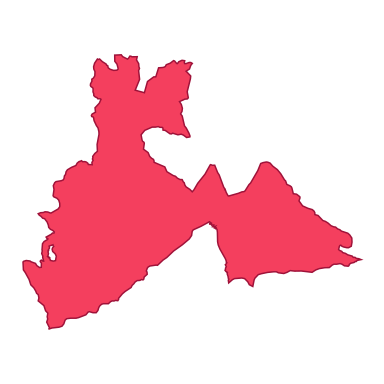 Padang Lawas Utara, Sumatera Utara, Indonesia
{"feature_id": "22746128B6160471216736", "entity_name": "Padang Lawas Utara", "entity_type": "district", "adm_level": 2, "iso_a3": "IDN", "parent_name": "Indonesia", "parent_adm1": "Sumatera Utara", "projection": "albers", "projection_center": [99.778, 1.636], "detail": "fine", "context": "isolated", "style": "filled", "palette": "rose", "viewbox_px": 384, "rotation_deg": 0, "n_neighbors": 0, "source": "geoboundaries", "source_scale": "gbopen_adm2", "svg_char_len": 5868}
<svg xmlns="http://www.w3.org/2000/svg" viewBox="0 0 384 384"><path d="M129.9,56.1L128.4,58.4L127.5,59.1L122.6,56.6L121.3,54.8L114.7,55.1L114.8,61.3L117.0,64.2L118.1,68.3L118.0,69.3L116.8,70.2L113.6,70.4L110.0,69.2L108.2,67.8L107.7,65.6L106.7,65.3L106.1,64.0L102.3,61.6L99.6,59.0L98.2,59.5L97.4,59.0L94.6,63.2L93.6,66.7L93.8,69.0L95.0,71.7L94.8,75.8L93.4,78.1L91.8,79.2L91.9,81.2L90.5,83.9L90.4,85.5L90.9,86.5L92.6,87.7L93.1,88.6L93.0,91.9L93.7,93.6L93.8,95.6L95.3,97.0L96.9,97.6L97.8,98.8L100.4,98.8L101.0,99.3L99.3,103.2L95.0,107.8L95.5,112.2L92.2,114.0L91.4,115.4L91.7,116.5L93.1,117.0L93.5,117.5L94.1,120.7L96.4,125.6L98.0,127.9L98.9,131.7L99.0,134.3L97.1,144.4L97.4,151.3L94.8,153.5L92.7,156.4L92.9,157.9L92.4,159.0L93.1,160.3L91.9,162.5L92.2,164.7L88.3,164.5L87.9,163.3L86.4,162.1L84.9,161.6L82.7,161.7L81.5,160.7L80.7,161.2L80.2,161.1L79.8,161.6L79.0,161.6L77.2,163.1L75.9,165.5L71.6,167.3L67.5,169.7L66.1,171.7L65.5,174.5L64.4,175.9L64.0,178.6L63.2,179.9L61.4,180.7L56.0,181.6L54.7,182.7L53.3,185.7L54.0,189.4L53.1,195.8L53.9,196.9L56.9,198.2L58.7,200.1L59.7,203.2L59.8,205.9L59.7,206.8L58.1,209.0L51.3,212.9L50.4,213.0L47.8,212.0L45.0,211.8L43.3,212.5L40.6,212.7L38.2,213.7L39.2,215.1L41.0,216.3L42.7,218.2L44.6,218.7L47.1,222.0L48.3,225.0L48.7,227.4L50.4,229.3L52.9,230.5L54.3,232.0L53.9,233.1L52.5,233.0L51.3,234.2L46.1,237.1L46.9,238.4L47.8,238.7L47.7,239.4L44.1,241.5L42.5,243.7L42.0,250.0L42.3,250.7L41.7,253.6L42.8,256.1L42.7,257.6L43.7,261.1L43.1,261.2L41.5,260.1L40.5,260.6L40.2,261.5L41.4,263.2L41.3,267.3L39.5,267.5L36.8,265.6L35.5,263.4L31.1,261.8L30.0,261.0L26.2,260.5L23.6,261.3L23.0,262.0L23.4,269.9L25.3,272.6L29.1,279.5L30.8,284.8L33.8,287.8L35.7,291.0L36.6,293.3L38.2,294.6L38.9,297.9L38.2,300.9L43.9,305.6L45.6,310.8L47.8,313.1L47.2,316.8L47.7,319.0L46.7,322.1L49.4,327.7L49.4,328.4L48.5,329.2L51.9,328.0L59.0,327.2L62.0,326.2L63.8,323.9L65.1,320.1L66.7,318.7L70.6,318.2L76.0,318.2L78.6,317.6L85.9,314.8L88.2,312.0L89.5,311.7L92.9,312.7L96.2,312.7L97.9,310.5L98.8,307.5L99.9,305.7L101.7,304.2L103.5,303.7L108.4,303.7L110.5,301.7L112.3,300.9L114.0,301.0L115.5,300.4L117.8,300.7L118.6,299.5L118.6,298.3L122.4,293.8L125.2,291.4L131.1,287.5L132.1,285.4L133.8,283.8L135.1,282.0L137.1,280.6L139.9,280.4L141.5,279.5L143.0,279.9L143.7,279.3L144.2,277.0L147.2,274.3L147.0,272.0L146.3,271.0L147.3,268.1L148.3,266.9L150.0,266.0L156.1,265.1L157.5,265.3L163.1,260.0L166.8,257.5L173.6,251.0L182.3,244.8L189.3,238.9L191.6,235.5L192.2,231.3L193.3,229.8L200.8,226.4L209.5,221.7L211.2,223.2L210.9,223.6L209.7,223.6L209.7,224.1L210.9,224.2L211.5,223.7L211.6,225.1L213.6,225.0L213.1,226.0L214.3,226.3L213.1,226.8L214.1,227.0L215.3,226.5L214.7,227.3L215.6,227.6L214.9,228.1L215.6,228.3L215.1,229.0L216.3,228.4L217.0,229.5L217.4,232.1L217.6,241.7L218.2,244.9L219.9,249.0L225.3,258.6L226.3,261.1L226.2,262.1L226.8,262.6L226.4,263.6L225.3,264.7L226.3,266.7L225.5,268.1L225.5,269.4L225.0,270.2L225.9,271.5L226.8,271.8L226.9,272.5L227.4,272.7L227.2,273.9L228.2,276.9L228.2,278.0L228.8,279.1L228.3,280.2L228.7,282.9L232.4,279.7L234.5,278.6L241.8,278.0L244.6,278.6L247.8,281.8L249.3,284.7L252.8,286.5L254.1,280.0L254.9,278.2L258.3,274.6L261.4,273.7L267.6,272.4L273.6,271.8L276.4,271.8L278.4,272.8L283.8,273.5L286.9,272.4L290.2,270.6L294.7,271.1L301.3,271.0L312.1,272.3L315.8,269.9L319.3,268.6L324.8,267.7L329.3,267.6L332.3,265.0L334.0,264.2L336.6,264.2L340.0,263.6L341.8,264.1L344.4,265.8L348.2,266.2L349.0,265.6L349.3,264.4L350.9,263.2L354.0,262.5L355.3,261.5L356.2,261.5L357.2,260.4L361.0,259.6L358.8,258.7L356.4,258.4L354.9,257.3L353.3,257.4L352.2,256.1L347.7,254.8L345.5,253.4L342.7,252.6L341.7,251.3L339.7,250.5L338.6,249.5L339.4,246.3L339.9,245.5L340.8,245.2L342.0,246.3L343.7,247.0L346.8,247.7L348.6,247.7L351.3,246.2L352.0,242.1L351.8,238.0L349.7,234.9L347.8,233.2L341.4,231.1L339.8,229.7L337.6,228.9L335.6,227.1L333.6,226.8L331.0,225.7L328.1,223.1L325.4,221.4L322.8,220.5L318.1,215.5L314.9,214.6L314.8,212.6L314.0,211.1L312.3,209.6L307.9,208.3L302.6,205.9L299.0,200.9L300.0,197.9L299.8,196.7L296.6,194.2L293.3,193.7L291.9,188.0L291.3,186.8L290.0,185.8L286.8,184.4L285.6,180.9L284.5,179.9L280.7,173.7L277.4,169.7L272.7,166.1L270.1,163.1L267.8,162.2L266.3,162.0L263.1,162.6L260.7,163.5L257.8,170.6L250.6,183.0L249.0,184.6L245.1,190.8L244.0,191.6L241.8,191.9L238.4,193.3L228.8,196.0L228.0,195.7L226.2,192.4L225.3,189.8L224.8,189.7L225.0,189.0L223.8,187.4L219.2,175.0L217.6,172.5L214.7,165.2L212.3,165.3L210.7,164.6L210.2,164.9L205.0,174.2L197.8,183.2L193.9,189.9L192.2,191.8L189.9,189.4L186.1,186.9L184.9,185.1L184.2,182.7L183.2,181.8L182.2,179.6L180.0,179.5L177.4,178.2L175.5,176.3L173.1,175.5L166.9,171.7L164.8,166.9L154.1,162.3L154.0,160.8L153.5,159.4L151.5,158.2L149.7,156.4L148.1,152.6L143.5,149.2L144.3,143.3L144.0,142.3L142.6,141.3L142.0,139.8L141.1,134.8L144.8,130.3L152.2,127.1L155.5,127.1L158.2,126.6L159.9,127.3L162.3,127.4L162.9,128.0L163.0,130.1L165.2,130.4L170.0,133.8L171.5,133.9L172.7,133.2L177.9,134.8L181.2,134.2L183.4,135.1L186.6,137.5L189.9,136.9L190.0,136.0L188.9,133.1L186.2,128.0L184.5,125.9L182.2,116.0L180.6,113.9L182.0,111.4L182.4,108.3L181.3,104.4L179.5,101.6L184.7,99.2L187.4,98.9L188.3,97.8L187.2,91.7L190.4,78.9L190.7,76.0L186.1,71.2L189.5,69.0L190.7,65.5L192.3,63.4L190.8,62.5L189.1,62.5L186.0,63.6L184.7,63.6L184.3,62.7L184.7,60.7L182.0,60.3L178.8,61.7L177.4,63.6L176.7,63.5L174.6,61.0L173.6,60.6L170.2,63.2L166.3,64.7L165.3,66.5L164.3,67.1L162.7,67.5L158.6,67.8L155.8,76.8L153.7,76.9L147.5,81.5L144.4,92.7L135.2,90.2L139.6,79.3L138.6,70.6L139.5,68.4L138.9,66.7L138.7,63.7L136.5,59.9L137.2,56.7L132.0,56.8L130.9,56.2L129.9,56.1ZM49.1,246.1L52.9,244.8L52.9,245.3L53.7,246.4L52.6,247.8L52.1,249.2L52.7,251.5L55.1,253.7L56.3,256.1L55.5,260.6L53.3,261.1L50.4,260.4L49.9,258.7L48.1,257.0L48.8,257.0L47.8,256.3L48.5,253.6L48.0,251.9L48.6,250.4L48.2,250.2L49.5,248.0L49.1,246.1Z" fill="#f43f5e" stroke="#9f1239" stroke-width="1.5"/></svg>